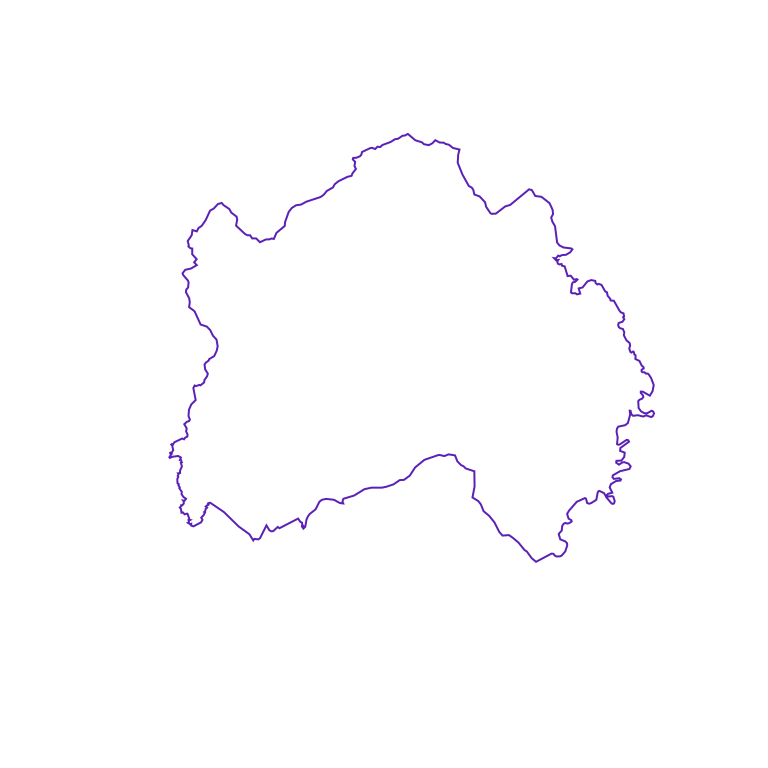 the district of Ban Na San, Surat Thani, Thailand, rotated 234°
{"feature_id": "78962969B68387758575746", "entity_name": "Ban Na San", "entity_type": "district", "adm_level": 2, "iso_a3": "THA", "parent_name": "Thailand", "parent_adm1": "Surat Thani", "projection": "albers", "projection_center": [99.379, 8.833], "detail": "fine", "context": "isolated", "style": "outline", "palette": "violet", "viewbox_px": 768, "rotation_deg": 234, "n_neighbors": 0, "source": "geoboundaries", "source_scale": "gbopen_adm2", "svg_char_len": 6166}
<svg xmlns="http://www.w3.org/2000/svg" viewBox="0 0 768 768"><g transform="rotate(234 384 384)"><path d="M150.8,402.5L148.3,419.9L146.9,421.3L144.7,421.3L143.0,422.3L141.1,425.1L140.8,427.0L142.0,432.2L145.7,437.4L147.7,438.5L150.2,438.1L154.7,435.3L160.0,437.2L161.0,441.7L164.3,444.6L165.3,447.0L165.1,448.9L163.4,450.2L162.6,452.0L162.4,455.0L163.7,455.5L166.6,454.2L171.3,455.8L172.8,459.3L175.4,470.7L173.6,479.5L172.6,480.0L168.2,478.4L166.5,479.7L165.9,481.6L165.5,487.7L170.5,493.0L171.2,494.5L170.8,495.5L166.3,497.9L161.5,497.3L153.7,497.9L152.5,498.6L152.2,499.9L153.6,501.8L158.1,503.3L159.3,502.5L161.2,499.2L163.1,499.0L163.5,500.5L161.9,504.8L167.7,505.8L169.6,508.7L169.1,514.8L166.9,518.5L167.5,519.6L169.5,519.0L172.1,514.2L174.2,514.0L175.6,515.4L174.7,523.7L171.0,532.6L172.4,535.2L175.8,535.0L179.6,532.4L180.5,530.5L180.6,526.7L183.9,525.6L185.2,526.9L182.5,531.1L183.8,535.5L187.0,538.4L191.1,535.7L193.3,537.6L193.3,548.3L195.1,548.5L196.2,547.4L196.5,539.2L197.2,537.7L198.4,537.2L203.5,541.7L208.6,544.0L210.9,546.2L211.8,548.4L208.9,555.0L209.1,558.4L214.5,565.1L218.0,567.1L217.5,567.7L213.8,566.3L211.9,566.8L209.5,571.1L205.4,574.5L204.5,577.7L200.2,580.7L200.0,582.6L201.5,585.2L203.6,585.6L205.1,584.8L205.6,579.7L207.4,577.4L211.0,575.8L214.9,575.9L220.6,579.5L221.1,581.3L220.4,584.4L221.1,586.2L222.6,586.8L225.9,586.5L226.9,587.3L225.6,588.9L218.3,592.2L220.3,597.0L224.6,601.6L231.9,603.6L235.9,603.8L237.4,603.5L238.5,602.0L240.2,601.7L241.8,599.9L243.1,599.9L244.1,600.9L243.9,603.2L245.3,603.9L247.3,603.3L252.5,604.2L256.5,602.1L259.3,604.4L260.7,603.9L263.0,604.9L263.9,604.6L264.0,602.6L265.3,602.2L268.6,603.3L270.4,605.7L272.8,606.8L276.8,605.8L282.5,606.7L284.6,608.8L288.1,609.6L290.2,607.9L292.1,607.4L294.1,608.1L295.4,609.7L294.2,613.5L295.2,616.5L297.5,616.7L297.5,617.9L300.4,619.3L302.8,617.7L304.9,617.6L316.2,618.9L318.4,616.4L319.8,617.1L324.0,616.8L327.1,618.3L328.8,617.4L336.4,618.2L338.7,616.6L339.2,615.0L341.4,614.6L343.3,615.5L346.3,612.7L347.4,608.8L345.4,601.4L346.9,597.7L341.8,595.9L343.1,592.8L344.9,592.2L346.8,589.5L348.2,589.1L354.4,594.8L355.2,596.7L354.3,598.6L354.7,601.9L355.5,601.7L356.7,599.0L361.9,598.7L363.4,596.0L373.0,599.3L374.9,597.6L376.7,598.2L377.6,596.2L379.1,595.4L381.1,596.0L381.9,597.9L383.0,595.9L385.8,595.6L384.5,596.9L385.5,600.4L384.0,601.3L383.8,603.4L381.5,607.4L381.1,612.0L382.2,615.6L383.6,615.2L389.0,609.4L393.0,607.4L396.7,607.2L411.1,615.1L416.2,615.6L420.4,617.1L422.1,620.7L425.9,622.8L433.0,624.2L442.9,621.4L447.2,616.9L454.0,617.6L456.2,615.8L454.7,591.3L456.4,586.5L456.1,574.6L458.4,571.1L459.9,570.5L467.3,570.8L471.7,572.6L479.6,571.6L484.2,568.5L488.7,570.4L491.4,570.4L494.3,569.0L507.4,570.6L519.7,573.7L525.9,578.8L529.3,582.9L534.5,578.5L539.3,577.2L542.2,574.8L544.0,574.3L546.7,570.9L551.1,568.8L550.3,564.6L550.9,560.6L554.5,557.3L557.3,556.7L562.8,552.6L572.3,550.3L572.7,547.1L574.0,544.8L574.1,539.6L575.6,536.8L575.9,531.6L578.3,523.1L577.9,520.3L579.8,518.2L579.3,515.0L582.2,513.1L583.0,511.2L584.6,502.6L582.7,500.2L582.4,498.3L583.3,494.6L585.0,492.0L584.1,490.8L580.6,491.2L577.8,488.3L574.5,487.7L573.0,482.4L571.5,480.1L573.1,476.2L574.8,466.4L574.6,461.7L573.0,458.2L573.8,451.3L572.5,446.2L572.6,442.5L577.2,428.2L577.9,422.4L580.3,417.9L580.6,412.9L579.2,408.0L573.1,399.1L570.2,396.6L569.5,385.9L566.1,380.1L567.8,378.6L568.4,376.3L570.4,373.3L571.6,367.0L577.0,366.1L579.3,362.9L583.0,363.1L584.6,360.9L587.2,359.7L599.1,357.4L603.2,361.8L606.0,363.1L612.5,361.2L616.5,361.7L623.0,359.3L625.9,359.1L627.2,355.3L626.0,349.4L626.5,345.2L621.4,336.1L619.1,329.4L619.2,325.5L617.5,322.3L621.1,319.5L617.4,315.9L615.0,309.2L611.1,307.7L610.2,306.6L607.6,307.2L606.3,308.5L601.7,305.1L595.1,305.8L594.0,301.9L590.2,302.4L590.9,295.6L593.2,290.4L592.0,286.1L589.9,285.6L583.0,286.2L581.0,285.6L577.2,282.2L576.6,279.5L574.7,277.7L567.9,276.8L564.4,275.0L560.7,271.5L554.2,273.5L539.9,270.6L534.6,274.4L529.8,275.1L523.5,274.0L518.4,274.6L512.3,271.6L509.3,268.3L506.4,263.1L506.9,257.2L506.0,255.9L506.0,252.4L505.3,250.3L500.9,247.9L496.0,247.6L494.2,245.4L492.8,241.1L491.0,239.4L490.8,234.7L491.8,234.1L492.8,230.6L494.1,229.9L492.8,227.4L481.7,222.2L480.8,216.2L477.9,211.2L473.1,207.1L469.3,206.0L468.6,204.4L469.3,202.4L468.9,198.8L464.1,198.3L461.9,196.0L458.9,195.5L457.1,194.1L457.4,191.4L456.8,189.7L458.5,188.7L460.1,180.2L459.0,177.6L460.1,177.1L460.0,176.3L458.8,176.5L454.4,174.6L453.4,172.4L453.9,171.0L452.6,171.1L453.1,170.2L451.9,170.0L450.9,167.3L450.1,167.3L449.6,169.8L446.8,175.1L443.9,176.5L442.5,174.3L441.9,175.1L439.5,174.4L439.8,173.4L436.1,172.1L433.9,168.2L431.9,166.7L432.8,164.9L431.8,164.9L430.9,163.1L429.8,163.0L428.7,161.0L425.1,158.6L423.6,159.1L423.0,158.2L420.4,158.0L420.1,157.2L415.5,157.0L414.0,155.5L410.6,155.3L407.5,156.4L406.8,154.0L407.8,153.0L406.7,153.0L404.9,151.6L404.5,149.5L405.1,148.6L404.4,148.2L404.1,146.2L402.3,146.3L398.9,144.5L398.4,145.8L395.8,146.1L394.9,148.5L394.1,148.7L389.4,147.2L389.1,146.3L387.9,147.3L388.1,145.7L386.7,144.8L386.9,143.8L384.4,144.8L384.2,145.8L382.9,144.8L380.8,146.2L379.6,154.6L380.8,157.3L383.3,157.6L383.9,160.9L385.2,163.6L386.1,163.3L386.2,164.6L387.8,166.3L387.9,168.1L389.7,167.8L389.5,171.0L390.4,170.8L390.9,171.7L390.1,173.6L374.6,179.2L354.1,182.7L341.6,186.8L334.3,186.3L334.9,188.0L332.2,191.0L332.1,193.0L338.7,205.8L333.1,205.3L331.1,206.2L330.1,207.8L330.8,214.0L328.8,214.6L325.6,235.4L321.5,235.3L320.0,236.2L318.1,235.1L316.8,235.2L317.5,234.3L317.0,233.8L314.4,233.8L314.8,236.4L319.7,241.4L321.5,244.4L322.5,247.4L322.8,255.0L326.7,262.5L326.8,265.7L325.1,269.6L319.7,275.5L313.7,278.3L311.3,280.8L313.5,281.4L315.0,283.8L311.3,294.3L310.4,306.4L307.5,312.9L301.4,321.3L299.5,325.5L297.2,332.7L297.0,340.2L294.7,343.8L294.7,351.0L298.2,360.1L298.9,372.1L294.8,385.5L294.2,387.0L290.2,390.5L289.1,394.9L284.5,399.5L278.3,397.9L273.0,398.7L270.7,400.0L267.6,400.5L260.3,405.8L247.8,397.0L240.2,388.9L233.7,391.5L229.6,391.6L222.5,389.8L215.6,391.6L207.1,392.0L196.5,390.3L191.7,390.8L188.3,396.3L183.6,397.9L176.5,399.6L167.0,400.1L164.6,401.1L156.2,401.1L150.8,402.5Z" fill="none" stroke="#5b21b6" stroke-width="2"/></g></svg>